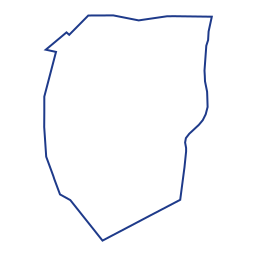 the district of Caldeirão Grande do Piauí, Piauí, Brazil
{"feature_id": "56859067B90482329140185", "entity_name": "Caldeirão Grande do Piauí", "entity_type": "district", "adm_level": 2, "iso_a3": "BRA", "parent_name": "Brazil", "parent_adm1": "Piauí", "projection": "equal_earth", "projection_center": [-40.609, -7.321], "detail": "fine", "context": "isolated", "style": "outline", "palette": "blue", "viewbox_px": 256, "rotation_deg": 0, "n_neighbors": 0, "source": "geoboundaries", "source_scale": "gbopen_adm2", "svg_char_len": 640}
<svg xmlns="http://www.w3.org/2000/svg" viewBox="0 0 256 256"><path d="M45.8,49.7L56.0,51.9L44.3,96.6L44.3,101.7L44.3,112.4L44.2,127.1L44.7,134.4L46.2,156.7L53.3,176.0L54.3,179.1L60.0,194.4L70.3,200.1L102.5,240.6L112.0,235.6L143.2,219.2L150.4,215.4L180.2,199.8L184.5,167.1L186.1,151.5L186.1,148.0L185.1,142.5L185.9,138.1L189.3,133.7L198.9,124.8L202.8,120.1L205.7,114.3L207.6,107.0L207.3,96.9L207.1,91.7L205.0,81.3L204.8,76.0L204.5,70.6L206.3,45.7L208.1,40.1L208.6,31.5L211.8,16.7L173.6,16.2L166.8,16.3L142.0,19.9L138.7,20.4L113.3,15.4L90.7,15.5L88.3,15.5L69.2,34.8L66.5,32.4L45.8,49.7Z" fill="none" stroke="#1e3a8a" stroke-width="2"/></svg>